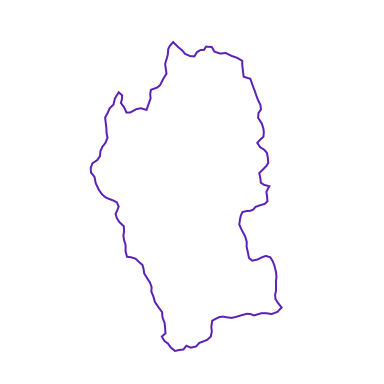 Guaxupé, Minas Gerais, Brazil, rotated 163°
{"feature_id": "56859067B29023872604938", "entity_name": "Guaxupé", "entity_type": "district", "adm_level": 2, "iso_a3": "BRA", "parent_name": "Brazil", "parent_adm1": "Minas Gerais", "projection": "natural_earth1", "projection_center": [-46.685, -21.291], "detail": "fine", "context": "isolated", "style": "outline", "palette": "violet", "viewbox_px": 384, "rotation_deg": 163, "n_neighbors": 0, "source": "geoboundaries", "source_scale": "gbopen_adm2", "svg_char_len": 2420}
<svg xmlns="http://www.w3.org/2000/svg" viewBox="0 0 384 384"><g transform="rotate(163 192 192)"><path d="M103.1,283.2L108.9,287.1L106.8,298.9L105.6,302.7L109.7,307.2L114.3,310.5L119.0,315.0L124.7,316.2L129.5,319.7L130.7,324.9L136.1,326.9L138.9,324.4L142.3,325.3L146.3,324.4L150.0,321.0L153.9,322.4L158.2,326.1L160.1,330.4L162.9,334.7L166.2,340.9L170.5,338.2L172.9,335.7L175.1,330.2L180.3,322.2L181.8,312.6L186.3,308.7L191.2,303.6L194.6,302.1L201.4,301.7L203.4,297.8L204.2,293.7L207.5,289.2L211.5,283.8L216.5,287.1L220.9,287.5L227.9,286.1L231.4,287.1L232.2,293.0L234.0,298.0L232.0,301.0L230.5,304.8L232.9,308.8L238.4,304.0L241.5,298.6L246.3,296.1L249.6,292.2L253.3,288.6L254.3,283.2L255.3,277.7L256.5,273.4L256.9,268.7L260.3,264.4L264.4,261.5L267.7,257.8L269.4,253.3L273.4,250.2L278.8,248.6L281.8,244.7L282.9,240.2L280.8,234.9L281.5,228.5L280.5,221.4L278.6,215.8L276.2,212.1L273.6,209.8L270.0,207.1L266.9,204.1L266.4,199.5L268.7,196.5L271.5,193.4L271.5,188.9L270.3,184.6L267.2,179.1L268.4,174.4L270.3,170.5L271.0,166.4L271.0,160.8L272.9,154.5L273.1,149.1L269.2,147.3L265.5,144.8L263.1,140.5L260.7,136.7L260.8,132.8L261.5,128.0L260.3,123.5L258.7,117.8L258.4,113.0L260.0,108.5L259.5,103.4L259.6,97.7L257.6,91.1L255.7,85.9L256.9,80.8L256.5,74.8L257.5,69.6L258.7,64.6L263.1,62.6L262.0,57.7L259.3,54.1L257.7,49.5L254.8,45.0L250.3,44.6L246.2,43.9L242.4,46.6L238.6,43.5L233.3,43.1L229.1,45.6L224.8,45.8L220.7,46.2L216.3,48.2L213.8,52.9L212.9,57.5L210.3,63.0L205.8,63.9L202.3,64.4L198.9,63.8L194.8,61.7L190.8,60.0L186.5,59.7L181.8,59.7L178.3,59.6L175.1,59.5L172.0,58.3L168.6,55.8L164.9,55.8L161.0,55.8L156.5,54.4L151.4,52.0L145.4,52.4L140.1,55.3L142.1,60.5L143.5,65.2L142.5,69.6L140.5,73.1L139.0,78.0L137.8,82.3L136.1,85.9L135.1,90.5L134.7,97.4L135.0,102.0L136.2,106.7L140.1,109.3L144.2,109.1L149.0,108.3L154.4,108.7L156.8,112.2L156.3,117.1L155.8,123.5L154.2,128.4L154.2,134.4L155.6,141.3L156.3,147.1L154.0,152.0L152.1,155.3L149.7,158.0L145.6,157.9L142.1,157.0L138.5,157.3L135.6,159.2L131.3,159.4L125.9,159.4L122.6,161.0L121.6,165.4L120.8,170.5L116.4,174.9L121.0,177.8L123.5,180.7L122.7,184.4L122.2,190.4L117.6,192.8L113.3,195.1L110.6,197.5L109.5,202.4L108.9,207.5L110.7,211.5L113.8,215.0L115.2,219.9L111.2,222.3L107.6,223.9L105.9,227.9L105.2,231.7L105.2,237.1L107.1,243.6L105.4,248.0L101.9,250.8L101.1,255.3L101.9,260.1L102.3,265.0L102.4,269.3L102.8,275.3L103.1,283.2Z" fill="none" stroke="#5b21b6" stroke-width="2"/></g></svg>